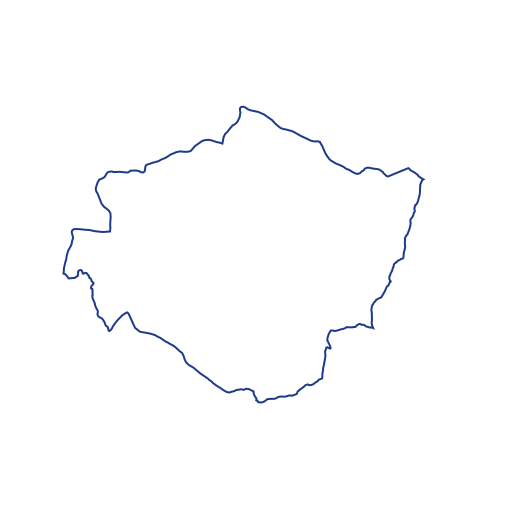 outline of Vetas, Santander, Colombia, rotated 247°
{"feature_id": "7082276B44126561494717", "entity_name": "Vetas", "entity_type": "district", "adm_level": 2, "iso_a3": "COL", "parent_name": "Colombia", "parent_adm1": "Santander", "projection": "mercator", "projection_center": [-72.897, 7.32], "detail": "fine", "context": "isolated", "style": "outline", "palette": "blue", "viewbox_px": 512, "rotation_deg": 247, "n_neighbors": 0, "source": "geoboundaries", "source_scale": "gbopen_adm2", "svg_char_len": 6059}
<svg xmlns="http://www.w3.org/2000/svg" viewBox="0 0 512 512"><g transform="rotate(247 256 256)"><path d="M144.0,335.7L147.1,335.8L149.3,336.4L152.8,338.2L154.7,338.8L155.6,339.4L156.7,339.5L157.7,340.2L161.2,341.1L163.3,342.3L164.7,343.3L165.6,344.2L165.6,344.6L167.1,346.4L167.8,348.3L168.7,349.5L168.8,351.3L169.0,352.2L169.0,355.2L173.7,361.5L174.2,361.8L176.8,364.6L176.9,365.6L177.4,366.4L177.5,366.9L178.2,367.7L178.8,368.0L179.6,368.8L179.7,369.9L180.2,370.1L180.8,369.8L183.0,369.8L185.2,370.9L185.7,371.9L186.7,372.4L189.0,375.2L191.7,377.5L192.3,378.4L193.7,379.1L194.6,380.0L195.0,380.9L195.1,382.0L195.4,382.3L195.5,383.2L196.1,384.4L196.3,387.2L196.6,388.2L196.3,390.0L196.4,390.4L196.8,390.9L198.1,391.8L199.3,392.3L201.5,393.5L202.4,394.2L202.7,394.5L205.5,396.6L206.0,396.7L206.8,397.2L208.3,397.6L210.3,398.3L212.9,399.7L214.1,399.9L216.4,402.8L216.5,403.6L220.8,407.7L223.4,409.8L225.0,410.6L225.7,411.2L227.2,411.5L229.2,412.4L230.2,414.3L231.8,416.5L232.8,417.1L233.1,417.5L234.2,418.3L234.6,419.2L235.7,419.9L237.2,420.1L237.5,420.4L238.4,420.6L238.9,421.2L240.5,422.2L240.6,423.3L241.3,424.1L240.7,423.8L242.5,425.8L243.7,427.0L246.8,429.2L248.2,430.5L251.5,432.3L254.3,433.4L254.7,433.8L256.9,434.9L257.3,434.9L259.3,436.9L260.4,438.2L260.9,438.8L261.1,440.1L263.5,438.3L266.2,436.7L267.2,436.6L268.3,436.1L271.0,434.5L274.5,431.8L277.2,430.8L277.4,429.9L277.4,428.5L277.6,408.6L278.4,407.6L279.3,407.1L280.6,406.6L282.5,405.7L283.5,405.6L284.6,405.1L287.5,403.1L288.4,402.0L290.5,398.3L293.2,394.3L293.8,393.1L293.9,390.4L292.9,388.8L292.6,387.7L292.6,386.6L291.6,383.9L291.7,382.9L292.0,381.3L292.8,380.2L295.0,378.1L299.2,375.2L300.6,373.4L304.0,371.3L306.7,368.9L310.0,365.6L314.4,362.4L316.1,361.5L318.4,361.0L319.9,360.4L321.0,360.4L323.4,360.0L331.8,359.9L334.9,359.4L335.9,359.4L337.5,357.6L338.7,354.3L340.5,351.8L349.0,344.2L355.4,339.3L357.3,337.4L360.4,333.5L362.3,330.7L364.2,328.6L369.8,325.7L374.8,323.9L383.0,318.8L387.8,314.3L392.0,308.2L393.9,306.1L397.0,304.2L398.4,302.5L398.9,301.3L398.9,300.5L398.3,299.1L396.4,298.1L394.2,297.8L393.6,297.3L390.6,295.5L389.2,294.1L387.1,291.7L386.2,290.1L385.5,287.7L385.4,286.5L385.4,285.6L382.4,279.7L381.6,278.4L380.5,275.5L378.2,272.7L372.6,269.0L374.1,267.4L375.8,264.9L380.0,260.0L381.5,257.6L382.6,254.3L382.9,251.3L381.0,242.6L378.3,237.3L378.3,235.1L379.2,232.4L380.5,229.6L382.0,227.0L382.8,222.7L382.7,220.8L382.8,217.6L381.7,211.1L381.8,206.7L381.4,203.4L382.1,198.1L382.7,190.7L381.6,189.1L377.8,187.0L377.1,185.6L377.0,184.8L377.9,183.0L379.9,181.4L381.2,179.6L383.6,173.9L383.0,171.8L383.0,170.4L384.7,167.1L385.3,166.3L386.9,163.1L387.5,161.3L389.1,157.4L390.2,156.4L390.9,153.7L390.9,152.0L390.2,150.7L387.8,147.4L387.4,143.9L387.6,141.5L385.5,138.9L382.4,136.1L380.5,134.7L377.8,134.2L375.4,134.6L364.5,134.3L360.7,135.3L358.0,136.9L355.1,138.3L352.3,138.7L349.1,137.6L341.8,134.0L338.3,132.7L335.6,131.2L338.0,124.2L341.9,117.2L345.2,112.5L346.9,109.0L349.9,103.6L351.7,99.6L351.8,98.0L351.1,96.5L350.2,95.8L349.2,95.5L344.3,94.8L341.0,92.1L339.1,91.0L337.2,89.0L334.4,85.3L330.7,82.2L326.0,79.3L325.8,78.8L319.9,74.5L317.8,73.4L316.7,73.0L315.6,72.2L314.9,71.9L314.5,72.6L313.9,73.2L313.0,73.6L310.6,74.4L308.7,74.7L308.4,75.1L308.0,76.6L307.7,77.1L307.7,77.7L306.8,80.0L306.7,80.8L307.0,81.8L307.1,83.9L309.0,85.2L310.7,86.0L311.6,86.6L311.7,87.0L311.8,88.0L311.5,89.2L311.2,89.6L310.5,89.9L308.3,89.9L307.5,89.7L307.2,90.0L307.2,92.2L306.4,93.4L304.2,93.9L303.5,94.4L301.1,94.1L300.6,94.2L300.3,94.8L299.2,95.1L297.0,94.9L296.5,95.0L295.5,95.6L294.6,95.9L294.2,95.7L293.7,95.2L292.9,93.3L292.2,92.4L291.9,92.1L291.0,91.5L290.4,91.6L289.7,92.4L288.9,92.4L288.5,92.3L287.8,91.7L287.3,91.7L285.6,90.9L284.2,90.6L283.3,89.7L280.7,89.1L275.4,89.1L273.3,88.6L270.4,88.6L268.2,88.9L267.1,88.9L266.1,88.5L265.1,87.7L263.7,87.2L261.6,87.4L260.4,88.3L259.3,89.4L258.4,89.9L256.1,90.5L255.0,90.5L254.6,90.7L251.1,90.5L250.1,90.8L249.0,91.6L248.4,91.8L244.8,91.2L244.3,91.6L244.3,92.4L245.1,94.2L245.9,95.4L247.3,97.0L249.8,101.2L251.3,104.1L253.4,109.1L253.8,110.1L253.8,110.9L254.3,113.1L254.4,115.4L252.7,116.2L239.1,116.5L236.7,116.7L235.6,117.5L232.8,118.9L231.5,119.7L227.3,126.3L225.0,129.4L222.5,132.3L219.6,134.4L218.1,135.9L212.4,139.5L211.3,140.6L208.0,143.0L205.4,145.2L203.8,146.0L204.0,146.0L198.3,148.5L195.6,150.1L193.5,150.3L190.5,150.2L189.2,149.9L185.4,150.1L183.9,150.8L182.2,151.4L177.8,154.7L169.2,159.1L162.2,163.7L160.4,164.4L159.1,165.3L157.6,166.2L156.0,166.7L152.1,169.0L147.8,172.1L146.3,172.9L144.0,174.5L142.3,175.9L141.1,177.5L140.7,178.6L140.5,181.3L140.2,182.2L140.2,184.3L140.3,185.6L140.1,186.6L139.7,187.5L139.4,189.4L139.0,190.4L137.6,192.4L137.7,194.7L136.4,197.4L134.7,198.6L132.8,200.5L132.3,200.8L130.6,200.2L128.4,200.0L124.5,200.7L123.8,200.5L123.3,199.8L123.0,199.8L121.5,201.0L120.6,201.0L120.2,201.4L119.2,203.5L118.8,204.9L118.9,207.2L119.8,210.7L119.6,210.9L119.0,213.1L117.3,217.4L117.2,218.9L117.5,220.8L117.3,222.9L115.1,228.0L114.8,229.5L114.9,229.8L114.8,230.6L114.7,232.0L114.1,232.8L113.9,233.9L113.4,234.3L113.1,237.2L113.1,239.5L115.0,241.5L115.3,242.3L115.4,243.4L116.0,244.5L116.1,245.5L116.8,248.4L117.8,251.3L117.6,253.4L116.4,254.5L116.1,255.0L115.7,256.4L115.6,257.6L115.6,259.1L116.1,260.1L116.7,263.7L117.6,265.6L117.4,268.8L117.7,269.2L118.1,269.5L122.4,271.5L124.2,272.9L126.0,273.7L128.0,275.0L128.4,275.4L130.4,276.8L131.3,277.3L134.3,279.3L135.1,279.7L136.2,280.5L137.4,281.1L140.8,282.1L141.5,282.6L143.2,284.3L144.2,284.9L144.2,285.6L143.8,286.3L142.9,286.9L142.1,287.7L141.8,288.1L141.9,288.5L142.9,288.9L145.4,289.0L150.5,288.7L151.4,289.1L153.0,290.1L155.8,292.5L157.8,295.1L158.2,295.9L156.8,298.5L156.0,299.4L155.8,300.7L155.3,305.6L155.0,306.9L154.8,308.4L154.8,310.1L155.1,311.9L154.3,313.0L153.3,315.6L152.7,316.5L152.5,318.2L152.1,318.9L151.9,319.9L152.8,321.9L153.1,324.7L152.3,325.7L151.3,326.4L151.3,326.8L150.7,328.0L149.8,328.9L148.5,329.5L147.9,330.1L146.6,331.8L145.9,332.5L145.2,334.0L144.7,334.7L144.7,335.1L144.0,335.7Z" fill="none" stroke="#1e3a8a" stroke-width="2"/></g></svg>